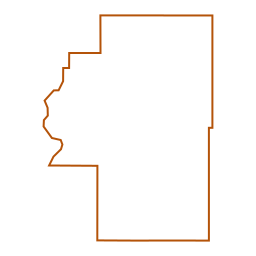 Cherokee, Oklahoma, United States of America
{"feature_id": "52423323B29041387960401", "entity_name": "Cherokee", "entity_type": "district", "adm_level": 2, "iso_a3": "USA", "parent_name": "United States of America", "parent_adm1": "Oklahoma", "projection": "mercator", "projection_center": [-95.13, 35.9], "detail": "fine", "context": "isolated", "style": "outline", "palette": "amber", "viewbox_px": 256, "rotation_deg": 0, "n_neighbors": 0, "source": "geoboundaries", "source_scale": "gbopen_adm2", "svg_char_len": 488}
<svg xmlns="http://www.w3.org/2000/svg" viewBox="0 0 256 256"><path d="M49.1,165.5L97.4,165.8L97.4,171.9L97.4,173.0L97.3,240.4L137.3,240.6L170.6,240.5L208.9,240.6L208.9,127.8L212.4,127.8L212.4,95.5L212.4,15.5L137.8,15.4L100.4,15.4L100.5,53.0L95.0,53.0L69.2,53.0L69.1,68.0L63.2,68.0L63.1,81.2L58.6,90.3L53.8,90.4L44.6,100.6L47.6,107.8L47.8,115.6L43.9,120.1L43.6,126.5L51.9,138.0L60.7,140.0L62.4,144.5L61.0,149.2L53.5,156.6L49.1,165.5Z" fill="none" stroke="#b45309" stroke-width="2"/></svg>